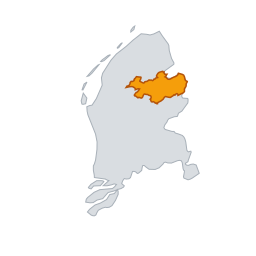 Overijssel highlighted on a map of Netherlands, rotated 324°
{"feature_id": "NLD-899", "entity_name": "Overijssel", "entity_type": "Province", "adm_level": 1, "iso_a3": "NLD", "parent_name": "Netherlands", "parent_adm1": "", "projection": "natural_earth1", "projection_center": [6.317, 52.481], "detail": "fine", "context": "in_parent", "style": "filled", "palette": "amber", "viewbox_px": 256, "rotation_deg": 324, "n_neighbors": 0, "source": "natural_earth", "source_scale": "10m", "svg_char_len": 5610}
<svg xmlns="http://www.w3.org/2000/svg" viewBox="0 0 256 256"><g transform="rotate(324 128 128)"><path d="M159.0,206.5L154.7,206.4L150.6,206.3L148.4,206.0L146.1,205.2L145.1,203.5L143.8,201.4L144.2,200.1L148.0,196.5L148.6,195.5L148.2,195.0L148.6,193.4L151.5,188.0L151.9,185.9L150.6,184.4L148.7,183.5L142.5,181.9L139.6,179.6L138.3,177.7L136.9,177.1L134.9,177.8L129.8,178.5L125.6,177.5L120.8,173.8L119.7,170.5L119.1,167.9L117.9,167.0L116.2,168.3L114.1,170.4L110.0,170.7L108.8,170.2L108.6,169.0L108.4,167.9L107.3,166.6L106.1,165.8L100.8,169.6L98.9,169.6L96.5,168.2L95.3,166.7L92.6,167.6L90.2,169.3L91.0,172.6L89.7,173.2L86.7,172.9L83.4,171.6L79.6,170.7L74.0,168.5L66.0,170.3L60.6,168.1L56.0,167.9L53.2,166.1L50.2,163.1L52.4,161.1L54.5,160.5L62.8,160.1L68.9,161.3L79.8,167.8L82.5,167.7L85.5,166.9L84.0,165.1L81.3,164.3L77.2,162.5L74.0,160.1L81.6,159.3L80.6,158.0L79.6,155.9L71.7,148.3L73.0,146.3L75.1,141.9L77.7,138.3L79.7,137.3L83.0,134.8L90.2,127.2L94.8,121.1L98.2,113.8L103.3,93.8L104.8,90.4L107.2,86.6L110.2,87.3L112.3,88.4L119.7,85.6L132.3,78.2L136.0,71.8L139.7,68.8L154.2,63.1L162.1,61.3L174.5,60.9L183.4,59.9L194.0,59.5L198.1,63.1L200.5,65.7L204.3,67.1L210.2,68.1L209.9,73.3L209.9,83.5L209.5,85.3L206.9,89.6L204.1,97.3L203.4,102.4L202.5,103.4L191.3,103.4L189.7,104.3L189.4,105.4L190.0,106.7L189.7,108.0L188.9,109.0L189.3,110.7L191.3,112.6L194.9,113.8L198.7,113.9L200.6,113.7L202.1,115.1L203.5,117.2L203.4,119.9L202.9,123.4L201.1,126.7L195.9,130.6L193.5,131.9L191.4,132.6L190.3,133.6L189.8,134.9L189.9,136.0L193.6,139.1L193.6,139.8L192.5,141.4L191.1,142.9L181.5,146.0L177.5,145.7L175.3,147.3L174.6,147.6L172.1,146.1L166.5,144.5L164.4,145.1L163.2,146.0L159.7,147.1L157.2,148.8L157.2,151.0L161.6,156.7L163.2,157.8L163.3,159.9L165.4,162.6L167.6,166.0L167.9,168.1L167.6,170.3L166.5,173.3L162.6,180.5L162.5,181.9L162.9,182.9L164.2,183.2L165.2,183.7L164.9,184.7L157.6,189.7L156.7,190.5L153.7,190.3L153.2,191.1L153.6,192.5L154.8,193.7L157.4,194.3L159.6,195.5L161.4,198.0L159.0,206.5ZM83.4,171.6L82.7,173.6L81.0,175.9L75.3,179.2L69.4,181.4L66.3,181.1L64.2,180.0L63.1,178.8L60.0,177.7L55.6,177.1L52.9,178.3L50.9,179.5L49.2,179.3L48.0,178.3L47.0,176.8L45.8,172.1L49.1,171.2L56.1,170.9L61.5,172.5L68.6,173.3L74.1,171.1L78.4,173.0L83.4,171.6ZM71.7,152.2L75.8,155.2L76.7,156.2L77.0,157.2L71.7,158.4L66.1,154.7L62.4,155.6L61.0,153.8L61.0,152.8L64.9,151.8L71.7,152.2ZM112.3,79.6L108.0,83.5L105.5,82.4L104.8,81.5L106.1,78.5L112.3,73.5L112.3,79.6ZM131.0,62.5L127.1,62.9L125.3,62.2L134.8,60.0L140.8,59.4L141.9,59.7L131.0,62.5ZM156.5,58.5L148.2,59.4L145.4,58.7L144.9,58.1L147.2,57.7L154.3,57.6L156.5,58.2L156.5,58.5ZM121.8,66.7L113.9,70.7L113.3,70.1L118.3,66.6L121.8,66.7ZM190.6,51.8L186.7,52.0L187.8,50.6L191.4,49.5L193.4,49.5L190.6,51.8ZM173.6,55.7L167.7,57.6L166.3,57.2L166.6,56.6L171.8,55.5L173.6,55.7Z" fill="#d9dde1" stroke="#a8b0b8" stroke-width="1"/><path d="M190.0,103.8L189.3,104.2L189.6,104.8L189.6,105.2L189.4,105.7L189.4,106.1L189.7,106.5L191.1,107.4L188.7,108.4L188.0,108.4L188.5,109.3L188.7,110.2L188.8,111.2L189.0,112.0L189.9,112.8L191.0,113.2L194.3,113.6L196.5,114.2L197.8,114.4L198.9,114.3L199.9,114.1L200.3,113.8L200.6,113.4L200.9,113.3L203.5,116.6L204.1,118.0L203.7,120.0L202.9,121.6L202.6,122.4L202.5,123.4L202.9,124.6L203.2,124.9L203.3,125.1L203.2,125.4L201.3,126.3L200.8,126.7L199.8,128.0L199.0,128.6L197.1,129.2L196.3,129.9L195.4,131.4L194.8,131.8L192.3,132.0L191.8,131.7L187.6,131.0L188.1,130.2L188.1,129.9L188.0,129.4L187.9,129.1L187.7,128.9L187.3,128.8L186.9,128.7L185.4,129.0L185.2,129.0L185.1,128.9L185.1,128.7L184.9,128.2L184.6,128.2L184.4,128.2L183.2,128.4L181.5,128.2L180.5,128.3L179.3,127.4L177.2,125.0L176.9,124.6L175.7,124.5L174.2,125.0L173.6,125.3L173.2,125.4L170.5,125.5L167.5,125.0L167.1,125.0L166.9,125.0L166.5,125.3L166.2,125.7L165.6,125.4L165.5,125.1L165.6,124.6L165.6,124.4L165.3,124.2L164.9,124.1L164.7,124.0L164.6,123.8L164.7,123.6L164.7,123.2L164.0,121.6L163.1,121.3L162.9,121.1L162.4,120.6L162.3,120.4L162.4,120.0L162.7,118.8L163.1,118.3L163.1,118.1L162.9,117.7L163.0,117.7L164.5,117.2L165.2,115.9L165.2,115.3L165.2,115.1L164.2,114.0L163.9,113.3L163.5,112.4L163.2,112.1L162.9,111.9L162.2,111.3L161.8,110.7L161.5,110.4L161.3,110.2L160.7,110.1L159.5,110.6L158.1,111.5L156.9,111.8L156.5,111.7L156.2,111.5L155.3,110.2L154.8,109.6L154.4,109.5L153.8,109.5L152.9,106.4L152.3,106.0L152.3,105.4L152.8,105.0L152.8,104.9L155.0,104.2L155.5,104.1L155.8,104.2L156.5,104.3L156.9,104.3L158.9,103.8L160.3,103.2L159.4,102.3L158.5,101.9L156.8,101.5L156.5,101.4L156.3,101.3L156.4,101.2L156.7,101.0L156.9,100.7L157.1,100.4L156.8,99.0L156.2,97.6L155.9,97.2L155.4,96.7L153.5,95.5L150.3,94.1L151.9,93.5L152.4,93.9L152.6,93.9L153.8,94.1L154.0,94.1L154.3,94.0L155.6,93.4L155.8,93.3L156.0,93.0L156.2,92.8L156.3,92.6L156.6,92.4L157.5,92.3L157.6,92.2L157.9,92.1L158.1,92.2L158.6,92.7L159.0,93.0L160.8,93.2L161.4,92.6L161.5,92.6L161.5,92.3L161.7,92.2L162.4,92.0L163.2,92.0L165.0,91.4L167.1,93.4L167.4,93.6L167.9,94.0L168.3,94.5L168.1,95.0L166.5,96.2L165.4,96.6L165.0,97.1L166.5,100.1L166.7,100.3L167.0,100.7L167.1,100.8L167.6,100.9L167.8,100.9L168.2,100.8L168.4,100.6L168.7,100.5L169.4,100.7L170.7,101.4L171.1,101.5L173.1,101.5L173.3,101.5L173.6,102.0L174.2,102.4L175.0,102.9L175.3,103.3L175.7,104.1L175.9,104.2L176.2,104.2L177.2,104.0L177.5,103.9L177.7,103.7L177.8,103.7L177.9,103.8L178.1,104.0L178.3,104.2L178.5,104.3L178.8,104.2L179.1,104.1L179.3,103.9L179.6,103.9L179.9,103.9L181.6,104.6L181.5,103.0L181.6,102.7L182.1,102.3L184.2,101.4L185.4,101.3L186.0,101.3L189.1,102.4L189.3,102.5L189.5,102.7L189.4,103.1L189.5,103.5L190.0,103.8L190.0,103.8Z" fill="#f59e0b" stroke="#b45309" stroke-width="1.5"/></g></svg>